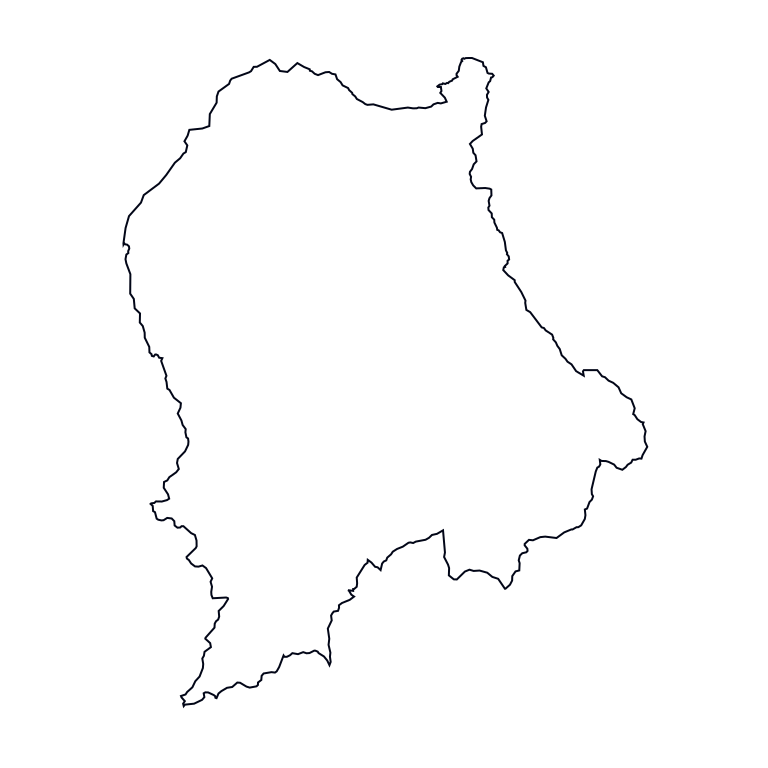 the district of Sao Nicolau Tolentino, São Domingos, Cabo Verde, rotated 92°
{"feature_id": "66160863B10929768356041", "entity_name": "Sao Nicolau Tolentino", "entity_type": "district", "adm_level": 2, "iso_a3": "CPV", "parent_name": "Cabo Verde", "parent_adm1": "São Domingos", "projection": "robinson", "projection_center": [-23.566, 15.021], "detail": "fine", "context": "isolated", "style": "outline", "palette": "ink", "viewbox_px": 768, "rotation_deg": 92, "n_neighbors": 0, "source": "geoboundaries", "source_scale": "gbopen_adm2", "svg_char_len": 6089}
<svg xmlns="http://www.w3.org/2000/svg" viewBox="0 0 768 768"><g transform="rotate(92 384 384)"><path d="M449.6,124.1L446.1,123.1L437.6,118.7L432.4,121.3L427.3,121.8L422.0,120.9L415.1,124.0L413.4,123.3L413.0,125.8L410.3,129.6L406.3,132.4L405.4,133.9L399.5,132.6L390.8,136.3L388.8,141.0L385.0,146.6L379.1,149.5L374.8,155.0L372.8,159.7L369.5,163.4L368.7,166.3L362.7,171.3L363.2,184.8L364.4,185.6L368.7,184.7L364.5,192.4L357.8,197.3L355.3,201.4L352.5,203.5L349.1,207.4L342.9,209.6L339.8,212.1L336.4,213.7L333.5,216.5L331.9,216.4L328.8,217.7L324.8,224.3L322.5,226.1L321.9,228.4L307.1,240.4L305.0,244.3L298.0,245.7L295.7,245.5L287.3,250.0L277.5,256.9L275.7,257.0L271.1,263.7L266.0,268.8L263.2,268.3L262.8,267.0L261.8,267.3L259.2,264.7L256.5,264.8L255.2,263.3L252.1,263.8L250.0,265.7L248.7,265.4L246.2,266.8L237.8,268.2L229.0,271.2L228.3,273.3L226.4,274.8L226.0,276.2L223.9,276.6L218.8,279.3L215.9,279.6L213.6,282.0L209.8,282.3L206.5,285.6L204.0,285.9L202.1,284.8L197.4,285.8L194.6,285.1L191.8,283.2L185.9,283.6L185.1,285.2L184.6,289.7L185.3,298.7L182.4,301.8L179.2,303.8L176.5,304.5L173.9,304.2L171.1,305.7L168.9,305.5L166.1,303.5L161.3,302.0L158.3,299.3L152.2,300.5L149.8,302.8L145.8,303.5L141.1,306.5L138.0,303.8L131.2,294.8L123.5,295.9L120.8,295.5L119.6,292.1L117.9,290.6L112.4,292.6L104.1,291.7L96.4,289.6L94.1,291.0L91.4,291.2L88.5,289.6L85.0,292.1L78.9,289.9L77.6,288.5L74.0,287.7L73.6,286.4L72.0,285.1L70.2,286.7L70.1,290.1L69.5,291.4L63.9,293.2L62.6,295.7L59.0,296.4L55.1,307.5L55.4,313.6L56.2,315.2L55.7,316.0L56.2,317.2L57.5,317.9L58.5,317.1L59.6,318.2L64.2,319.8L68.4,320.2L71.4,322.3L72.8,322.3L74.4,321.1L77.1,326.0L78.4,326.5L79.7,329.3L81.1,330.4L80.9,331.5L82.0,333.2L81.5,335.7L82.3,336.2L82.9,338.9L84.7,341.1L85.3,340.6L85.2,337.5L89.2,336.8L91.1,337.9L95.7,333.2L99.7,331.2L101.6,337.0L101.2,340.2L102.8,344.3L105.1,346.5L106.9,352.3L106.5,359.1L107.3,360.9L107.5,364.6L106.9,369.8L109.6,385.9L104.9,404.4L105.6,410.3L104.9,412.5L103.0,415.1L100.1,421.1L97.6,422.8L95.4,425.7L94.1,426.0L91.5,429.1L89.5,430.2L87.0,435.8L83.8,437.9L81.0,441.5L76.3,443.3L75.8,446.8L74.1,449.7L74.5,453.4L77.6,460.7L76.4,464.1L74.0,466.9L73.5,469.0L72.1,469.2L70.0,474.9L66.3,481.8L75.5,491.4L74.8,499.0L68.0,503.8L64.1,509.5L71.4,522.0L71.6,525.3L76.0,527.8L77.3,529.8L84.2,546.9L86.1,548.3L89.5,549.3L97.5,559.6L102.4,561.1L108.7,561.1L120.3,567.5L132.3,567.6L135.0,574.5L136.8,587.4L142.6,588.9L148.4,591.9L152.4,588.9L159.2,590.2L160.7,592.5L165.5,595.6L170.1,600.7L182.7,608.9L191.6,615.8L203.6,630.7L211.2,633.2L225.1,644.7L237.1,647.7L252.5,649.3L253.5,649.2L252.2,648.6L253.4,647.8L253.7,645.6L255.3,643.7L257.6,643.3L260.1,644.3L262.1,644.1L263.6,646.0L268.3,646.7L272.5,645.7L283.1,641.3L302.6,640.8L307.7,637.0L317.1,635.8L322.0,630.3L331.1,630.2L334.5,627.1L341.0,625.0L346.1,624.7L355.1,619.9L360.6,619.5L362.3,617.4L364.0,617.0L364.5,615.1L362.6,613.8L362.4,612.9L363.1,611.1L365.6,609.6L365.9,606.4L368.7,607.5L383.4,601.7L386.1,602.7L389.6,601.4L396.2,600.4L397.4,598.2L405.0,593.5L410.3,586.3L414.8,586.6L420.7,589.1L427.5,585.2L432.0,583.8L436.0,580.6L439.2,580.8L444.2,579.6L445.3,577.9L448.5,577.4L451.7,577.6L458.3,580.5L466.1,587.5L470.2,588.1L476.1,586.1L479.5,588.6L484.6,595.3L487.9,597.2L489.6,600.4L495.4,600.5L501.8,596.0L506.1,594.7L507.6,596.8L509.2,601.9L509.3,607.8L510.9,609.4L511.4,612.5L512.0,613.1L513.9,610.9L519.1,610.3L520.1,608.4L526.5,606.5L527.5,604.9L528.1,601.6L527.8,599.5L525.4,596.0L525.8,591.5L528.4,588.8L532.7,588.3L534.8,585.4L534.5,582.6L533.2,581.4L533.1,579.5L539.8,571.5L541.5,567.7L547.0,565.9L552.8,565.6L554.5,566.4L563.8,575.3L565.3,574.9L566.8,572.8L570.1,570.5L572.9,566.5L573.0,563.0L571.7,559.1L574.2,555.4L584.2,548.9L587.7,550.4L592.6,548.8L597.8,549.4L600.9,549.1L604.1,547.7L602.9,534.3L603.4,532.6L604.3,532.3L611.5,536.5L616.6,541.3L622.2,540.6L625.2,541.5L627.0,543.6L629.4,544.8L633.4,544.9L643.8,553.5L644.8,553.7L649.0,548.7L653.0,547.8L657.9,554.0L661.9,554.5L664.7,556.0L670.1,554.9L674.2,555.1L682.8,558.1L687.6,562.2L693.8,564.9L698.7,570.0L701.2,571.5L702.9,576.0L704.3,575.4L707.9,572.0L710.5,573.6L712.9,572.9L711.4,571.8L710.1,562.6L706.0,554.8L703.2,552.6L699.4,553.4L698.4,551.8L698.4,548.9L700.8,543.3L701.8,541.9L703.5,541.5L703.8,540.4L699.1,538.6L696.6,535.8L693.1,530.3L692.1,525.1L687.5,520.2L687.6,517.4L691.2,510.9L692.1,507.6L690.6,500.9L689.2,499.5L686.7,499.5L684.1,496.3L679.9,496.1L677.5,494.2L675.9,486.4L676.2,482.9L674.9,481.2L670.5,478.9L658.8,474.9L660.1,474.0L660.0,471.5L658.4,468.5L656.2,466.2L657.0,460.5L654.8,455.4L655.8,452.0L655.5,449.1L652.9,444.4L652.9,443.3L653.8,440.9L655.2,440.0L658.4,434.5L662.3,431.1L666.9,428.7L663.6,427.6L658.4,428.5L654.4,428.2L646.6,430.3L640.5,429.8L630.4,431.6L622.1,428.0L617.3,428.8L615.1,427.7L613.2,426.3L612.3,422.0L609.2,421.1L606.7,421.3L604.3,418.3L600.9,410.7L597.5,406.5L595.7,409.3L591.8,411.8L591.3,412.8L591.8,407.6L590.0,407.7L589.9,406.7L587.6,404.2L584.1,403.9L578.4,404.5L565.5,397.0L563.2,394.2L560.3,394.1L562.9,390.3L567.0,386.5L567.4,384.0L570.1,380.9L563.5,379.6L561.4,378.0L560.2,375.6L557.4,374.7L554.0,371.0L551.3,369.4L548.4,365.2L545.9,359.5L541.8,354.0L541.4,352.2L541.9,349.3L540.4,346.7L538.2,337.0L536.1,333.6L533.2,330.8L531.9,325.8L528.2,319.9L550.3,317.2L554.8,317.9L562.3,313.7L565.7,312.5L573.0,312.5L576.8,307.4L576.8,304.4L568.6,296.6L566.6,292.1L567.7,287.9L567.1,282.0L569.0,274.2L573.0,269.0L574.7,263.1L584.4,256.0L584.3,255.4L580.2,251.1L576.0,249.1L571.5,249.1L566.7,246.0L565.6,242.3L558.3,242.2L555.5,243.2L550.7,242.2L548.3,239.9L547.2,235.9L545.8,234.7L543.6,235.0L540.3,237.8L538.9,237.8L534.7,233.7L535.0,229.7L531.6,222.5L530.9,217.6L531.9,206.2L526.0,198.7L522.8,191.7L522.8,190.5L520.4,186.6L520.3,184.8L518.4,182.0L511.9,178.6L508.1,178.1L502.4,178.9L501.4,176.7L494.8,174.5L492.3,172.2L488.9,171.1L486.9,172.4L482.0,172.9L464.0,169.3L460.1,167.9L459.1,166.2L456.8,165.0L452.3,165.7L453.3,163.9L453.3,159.5L454.0,156.8L456.5,151.2L459.6,148.6L461.4,142.8L458.5,139.3L456.2,137.7L453.9,134.2L451.0,132.9L450.9,129.8L449.5,126.4L449.6,124.1Z" fill="none" stroke="#020617" stroke-width="2"/></g></svg>